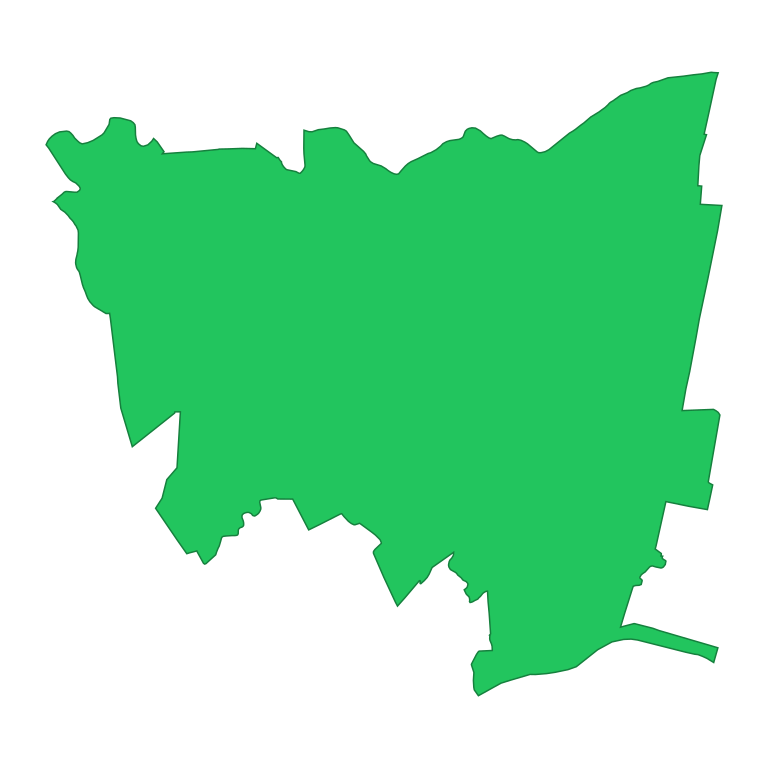 outline of Bucovat, Timis, Romania
{"feature_id": "2599482B31690404831196", "entity_name": "Bucovat", "entity_type": "district", "adm_level": 2, "iso_a3": "ROU", "parent_name": "Romania", "parent_adm1": "Timis", "projection": "equal_earth", "projection_center": [21.395, 45.749], "detail": "fine", "context": "isolated", "style": "filled", "palette": "green", "viewbox_px": 768, "rotation_deg": 0, "n_neighbors": 0, "source": "geoboundaries", "source_scale": "gbopen_adm2", "svg_char_len": 6031}
<svg xmlns="http://www.w3.org/2000/svg" viewBox="0 0 768 768"><path d="M713.7,662.5L717.9,647.8L709.5,645.3L658.9,630.5L652.9,628.3L634.8,623.7L634.0,623.6L624.0,626.2L620.5,627.2L624.4,614.1L632.7,587.7L633.3,586.2L635.6,585.5L639.1,585.3L641.2,584.5L642.1,581.0L642.1,580.3L641.5,579.4L640.3,578.6L639.9,578.0L639.8,577.3L641.2,574.9L642.8,573.5L645.2,571.9L649.7,566.8L651.0,566.2L652.3,565.9L656.0,567.0L661.0,568.0L662.2,567.7L663.4,567.0L665.3,564.5L665.6,562.5L665.9,561.6L665.7,560.7L663.8,559.6L662.4,558.5L662.2,558.0L662.2,557.4L662.7,556.2L660.9,556.0L661.3,554.8L661.3,553.5L655.2,549.0L656.1,545.7L665.9,501.6L688.8,506.3L707.4,509.6L709.9,498.2L712.7,484.9L709.5,483.2L708.5,482.4L708.3,481.6L719.9,415.0L718.2,412.4L715.9,410.7L713.5,409.4L682.1,410.6L685.9,388.8L689.7,371.6L696.1,337.2L699.4,318.5L707.9,278.5L717.6,230.6L721.9,205.5L700.3,204.3L701.7,186.1L697.8,185.7L698.9,165.7L699.8,155.5L706.5,134.7L704.1,134.2L708.7,113.5L716.1,79.3L718.2,72.8L713.0,72.5L711.8,72.3L710.5,72.4L702.0,73.9L693.5,74.8L683.3,76.2L668.0,77.8L657.9,81.4L653.4,82.4L651.2,83.3L648.8,85.0L646.2,86.2L640.1,87.9L636.3,88.5L630.8,90.5L627.4,92.6L620.7,95.3L612.9,100.9L610.6,102.2L609.3,103.3L608.0,104.8L605.0,107.6L601.9,109.8L599.1,111.9L590.9,116.9L583.8,123.0L581.1,124.9L575.4,129.4L572.9,131.1L569.5,133.1L548.9,149.7L545.1,151.7L540.9,152.7L538.8,152.7L537.4,152.1L527.5,143.8L524.8,142.1L521.0,140.3L517.9,139.6L515.7,139.9L512.6,139.7L509.4,138.8L507.6,137.9L504.4,136.1L502.0,135.1L500.1,135.2L496.8,136.2L491.1,138.6L488.9,137.9L486.3,136.1L483.2,133.5L480.4,130.9L475.5,128.1L471.9,127.8L469.1,128.4L467.2,129.3L465.3,131.2L463.2,136.8L461.7,138.1L459.2,139.3L449.9,140.6L446.5,141.7L442.9,143.7L440.6,146.2L436.2,149.7L430.8,152.7L428.1,153.5L418.0,158.6L411.1,161.7L408.1,163.6L405.3,166.1L401.2,170.7L398.6,173.9L396.5,174.3L394.0,173.8L390.8,172.3L387.9,170.4L385.8,168.7L381.1,165.9L373.3,163.5L370.9,162.0L369.7,160.9L366.4,155.7L365.8,154.1L363.6,151.4L353.9,142.8L349.1,135.1L346.4,131.2L344.4,129.9L337.8,127.8L335.4,127.6L330.0,128.0L324.1,129.0L318.3,129.7L312.1,131.8L308.9,131.7L304.0,130.2L303.8,148.2L304.0,154.0L305.0,164.8L305.0,166.2L304.8,167.1L304.0,168.7L302.9,170.4L301.9,171.6L300.2,173.3L298.9,173.2L295.9,171.6L286.8,169.7L285.6,168.9L283.6,166.7L282.4,164.9L281.8,163.6L281.5,162.7L281.5,161.9L279.7,159.9L278.2,157.5L276.6,157.7L256.8,143.3L255.4,148.7L242.3,148.4L228.6,148.9L219.0,149.1L218.4,149.4L192.3,151.9L186.6,152.1L162.3,153.8L164.0,151.7L157.2,141.9L153.6,138.5L151.8,141.2L147.8,144.9L143.4,146.3L141.0,145.8L138.4,143.7L136.9,141.5L136.0,138.2L135.5,134.9L135.3,127.2L134.9,124.7L133.3,122.7L130.7,120.8L120.2,118.0L114.0,117.7L110.8,118.2L109.8,119.5L109.1,124.4L104.1,132.8L102.0,134.9L93.2,140.4L87.7,142.7L82.2,143.9L79.7,142.8L77.5,140.9L74.7,138.1L72.9,135.4L70.8,133.1L69.0,131.6L66.6,131.1L59.6,131.9L55.4,133.7L52.0,136.2L49.4,138.8L47.7,141.3L46.1,144.8L48.7,148.1L65.5,174.1L68.3,177.7L70.4,179.9L72.8,181.5L75.7,182.9L77.9,185.0L79.2,186.3L80.2,188.2L80.2,189.0L79.6,190.3L78.2,191.4L77.0,192.2L74.4,192.2L66.8,191.5L65.5,191.6L64.2,192.2L62.0,194.3L58.2,197.3L58.3,197.3L53.9,201.4L53.2,201.6L55.4,202.9L57.4,204.5L60.8,209.4L64.8,212.1L68.1,215.5L70.2,218.4L71.5,219.6L73.3,221.7L75.0,224.6L76.0,225.8L78.1,230.2L78.4,233.0L78.2,247.2L77.8,250.9L77.3,253.1L77.0,255.0L75.9,259.3L75.6,262.8L75.8,264.3L76.6,267.6L77.4,269.2L79.2,271.7L80.2,275.2L82.5,284.7L82.9,285.8L83.4,287.4L85.4,292.0L86.5,295.2L87.8,298.4L89.9,301.8L93.2,305.5L94.6,306.7L106.0,313.5L108.5,313.5L109.6,313.3L110.4,318.4L117.5,376.8L117.9,383.5L120.8,408.1L132.3,446.7L174.6,413.1L174.9,411.9L180.4,411.8L177.0,467.8L166.8,479.6L162.1,498.2L155.6,508.3L177.6,540.6L186.8,553.7L189.3,552.9L195.5,551.3L196.8,550.9L197.4,552.2L203.5,563.3L204.7,564.1L206.0,563.6L215.7,554.8L216.5,552.2L218.1,548.2L219.2,546.1L220.6,541.4L221.4,538.4L221.8,537.4L222.7,536.6L223.5,536.3L226.0,536.0L231.7,535.6L234.8,535.6L236.9,535.3L237.7,534.8L238.2,533.7L238.3,530.1L238.7,529.0L239.7,528.0L240.6,527.5L241.8,527.2L242.7,526.6L243.2,526.1L243.6,525.4L243.7,524.1L243.6,522.6L243.3,521.1L242.0,517.6L242.0,515.7L242.3,514.9L243.4,513.7L244.3,513.2L245.4,512.8L247.1,512.4L248.6,512.4L249.3,512.6L251.5,513.8L252.4,515.1L253.0,515.6L254.5,516.0L255.4,515.7L257.7,514.1L258.8,513.0L260.1,510.9L260.8,509.0L260.8,507.5L259.7,502.3L259.9,501.0L260.3,500.5L261.2,500.0L274.8,497.8L276.1,497.9L277.8,499.0L292.7,499.1L308.7,529.9L319.5,524.6L339.4,514.5L340.7,513.9L341.7,513.7L344.1,516.7L348.4,521.3L351.3,523.5L353.8,524.7L354.9,524.8L359.7,523.3L371.7,532.1L375.5,535.1L380.1,539.7L381.3,542.6L381.3,543.4L375.0,549.4L373.7,551.2L373.4,552.0L373.5,553.4L383.8,577.2L395.4,602.1L397.5,606.1L404.8,597.9L419.3,580.8L419.8,580.6L420.1,580.7L420.3,581.0L420.3,581.9L420.0,582.8L420.1,583.3L420.3,583.6L420.8,583.7L424.2,580.7L427.1,577.5L429.1,574.2L432.1,567.5L453.6,552.3L453.5,554.6L453.1,555.9L451.7,558.2L449.9,560.1L449.2,561.6L448.6,564.4L448.6,565.7L449.0,567.2L450.4,569.5L451.2,570.0L455.5,572.4L456.1,572.9L456.8,573.6L457.7,575.0L461.2,577.8L461.8,578.6L462.9,580.0L463.6,580.4L465.8,581.4L466.5,581.9L467.8,583.5L467.9,584.4L467.3,586.8L466.7,587.8L465.4,588.9L464.2,589.8L466.0,593.6L466.5,594.4L468.9,596.7L469.1,597.1L469.4,598.0L469.6,598.8L469.7,600.6L469.5,601.5L469.8,602.1L470.1,602.5L470.7,602.4L472.6,601.8L474.8,600.5L477.4,599.3L478.1,598.8L478.7,597.9L480.4,596.4L482.8,593.4L484.1,592.4L486.1,591.3L487.5,591.2L488.1,601.9L489.2,613.7L490.6,633.9L489.5,635.2L490.0,635.6L489.8,636.4L489.7,638.9L490.0,640.4L491.5,644.0L492.1,646.3L492.3,650.5L479.4,651.1L478.8,651.3L478.2,651.9L476.5,654.4L473.1,660.9L471.5,664.1L471.4,664.7L473.9,672.5L473.4,680.4L473.8,687.2L474.1,689.0L474.3,689.9L478.4,695.7L500.9,683.2L510.1,680.3L530.1,674.4L535.4,674.5L546.5,673.6L555.2,672.3L568.1,669.6L576.3,666.7L597.7,649.7L612.0,641.9L623.7,639.4L631.1,639.1L637.5,640.0L685.7,652.2L694.6,654.2L698.0,654.6L702.4,656.3L706.8,658.3L713.7,662.5Z" fill="#22c55e" stroke="#15803d" stroke-width="1.5"/></svg>